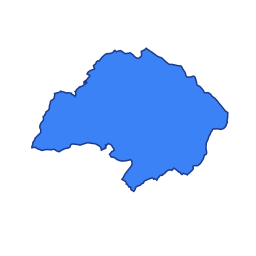 La Estrella, Antioquia, Colombia, rotated 137°
{"feature_id": "7082276B46086591209782", "entity_name": "La Estrella", "entity_type": "district", "adm_level": 2, "iso_a3": "COL", "parent_name": "Colombia", "parent_adm1": "Antioquia", "projection": "orthographic", "projection_center": [-75.641, 6.139], "detail": "fine", "context": "isolated", "style": "filled", "palette": "blue", "viewbox_px": 256, "rotation_deg": 137, "n_neighbors": 0, "source": "geoboundaries", "source_scale": "gbopen_adm2", "svg_char_len": 5790}
<svg xmlns="http://www.w3.org/2000/svg" viewBox="0 0 256 256"><g transform="rotate(137 128 128)"><path d="M60.3,173.9L62.3,173.9L63.4,174.1L65.6,174.9L66.0,174.9L66.4,174.7L66.9,173.8L68.4,171.9L69.0,171.6L70.4,171.5L72.7,171.7L73.9,173.3L74.4,174.8L74.5,178.3L75.0,181.0L75.1,181.5L75.4,181.7L76.3,182.1L77.3,182.8L77.9,183.2L78.9,184.2L79.6,184.6L79.7,185.2L79.8,186.2L80.0,187.5L80.7,189.8L82.8,191.0L84.4,191.6L84.7,192.5L84.5,193.4L84.6,193.7L85.0,193.9L85.7,193.9L86.1,193.6L87.6,193.6L88.5,193.9L89.4,194.2L90.4,194.8L92.9,196.9L94.2,197.3L98.4,197.5L100.0,197.1L101.6,197.1L102.4,196.8L103.1,196.8L103.8,197.2L104.4,197.8L105.5,197.8L105.9,197.9L107.7,197.1L108.5,197.0L109.3,197.1L110.2,197.2L110.8,197.2L111.3,195.8L111.8,195.3L111.9,194.1L112.4,194.0L112.9,194.1L114.6,195.0L115.3,195.2L115.8,195.5L116.5,195.8L117.5,195.8L118.0,195.9L118.4,196.1L119.7,196.0L121.1,195.4L120.5,193.6L120.4,192.1L122.8,191.8L123.9,191.8L125.1,191.4L128.6,191.9L129.1,191.5L129.4,191.2L127.0,190.4L127.3,190.0L127.7,190.1L128.2,189.9L127.5,189.4L127.4,189.2L127.6,189.2L128.4,189.4L129.6,189.4L130.2,189.7L131.6,189.6L133.1,189.9L134.2,190.5L134.2,190.4L135.0,190.6L135.4,191.0L135.8,191.2L136.5,191.2L137.3,190.9L139.3,191.2L141.0,190.5L141.3,190.5L141.8,190.8L141.9,190.0L142.8,188.7L143.0,188.6L143.5,187.8L144.1,187.5L144.6,187.6L145.3,187.3L145.2,188.0L145.3,188.8L145.5,189.5L145.9,190.2L146.2,191.1L146.0,191.5L145.6,191.9L147.8,194.8L148.7,195.1L149.6,196.2L150.0,197.1L149.9,197.2L151.6,199.8L152.1,200.8L152.3,200.7L152.6,200.9L153.5,200.9L154.3,201.0L155.3,201.8L158.2,203.3L158.4,202.8L158.8,202.4L159.7,201.7L160.5,201.2L161.7,200.0L163.0,200.0L165.1,200.4L166.2,200.4L166.9,200.1L168.1,199.0L168.8,198.7L170.2,197.9L171.3,197.0L171.6,196.4L172.0,196.0L172.6,195.9L173.1,195.7L173.3,195.7L174.0,195.4L174.4,195.3L175.5,195.5L176.6,195.8L177.1,195.6L178.4,194.8L179.2,194.7L180.7,194.0L181.0,194.0L182.2,194.2L182.7,193.7L183.3,192.6L184.1,191.9L184.5,191.6L185.7,191.1L186.9,191.2L188.7,190.8L189.9,190.3L190.9,189.7L192.0,188.7L192.5,187.8L193.0,186.2L193.6,185.7L194.7,184.4L195.8,184.1L197.5,184.1L198.4,184.0L199.3,184.1L201.4,183.9L202.7,184.0L203.3,183.5L204.3,183.2L204.8,182.9L205.4,182.6L206.4,182.6L207.3,182.3L209.2,180.8L211.1,179.9L211.8,179.1L209.4,177.5L209.0,176.9L208.5,175.4L208.2,174.1L207.9,173.5L207.2,172.5L206.7,171.0L206.3,170.4L205.8,169.9L204.9,169.4L204.0,169.1L202.3,167.8L201.2,166.8L199.0,164.3L197.5,163.6L196.7,162.9L196.3,162.1L196.1,161.0L195.9,160.2L195.0,158.2L194.5,157.6L193.7,157.4L191.2,156.9L189.9,156.5L188.3,156.0L185.7,154.3L184.6,153.8L183.9,153.7L183.2,153.8L182.2,154.4L181.5,154.6L180.9,154.7L180.2,154.6L179.6,154.2L178.7,153.4L177.3,151.6L176.5,150.8L175.6,149.7L174.9,148.3L174.6,148.1L171.5,146.8L170.5,146.2L168.3,145.2L167.2,144.3L166.0,142.9L165.1,141.6L163.0,139.2L162.5,138.3L161.2,134.3L161.1,133.2L161.1,132.7L161.3,132.1L162.6,130.0L160.1,129.2L159.2,129.3L158.9,129.1L158.9,128.8L158.7,128.9L158.5,129.1L158.1,128.8L158.1,129.0L157.3,129.1L157.2,129.5L156.8,129.5L156.8,129.8L156.7,129.9L155.7,130.0L155.6,130.3L155.7,130.6L154.5,130.0L154.2,130.1L153.7,130.3L153.3,130.3L153.2,130.0L152.2,128.3L152.0,127.4L151.9,126.8L152.0,125.7L152.3,124.7L152.3,124.0L153.0,121.3L154.8,121.3L155.8,121.8L156.1,121.8L156.3,121.7L156.8,121.7L157.1,121.6L159.5,121.4L159.6,120.5L160.1,118.6L160.1,118.2L158.9,116.9L158.4,116.1L158.0,114.9L157.7,114.1L157.7,112.8L157.1,111.5L156.6,110.3L155.7,108.9L154.5,107.5L152.6,106.1L151.5,105.1L150.4,104.7L149.5,104.0L147.8,103.3L147.8,102.2L147.7,102.0L147.7,101.5L148.0,100.7L149.1,99.4L150.1,98.6L150.7,98.3L151.9,97.9L159.4,96.7L161.2,96.4L165.2,95.0L167.5,94.6L166.5,91.2L166.3,90.8L166.3,90.3L166.7,88.6L167.5,88.3L167.4,88.1L166.9,87.3L167.6,84.0L166.5,83.3L166.4,83.1L166.5,82.5L167.1,82.0L167.5,81.6L167.8,80.9L167.7,79.9L167.3,79.0L167.0,77.7L166.1,77.8L164.9,78.2L162.4,79.3L162.1,79.4L161.6,79.3L157.9,77.8L156.1,77.9L154.4,77.3L153.8,77.4L152.5,78.1L152.1,78.1L148.3,76.8L144.2,75.0L144.0,74.7L143.9,74.4L144.1,73.8L144.2,73.0L143.9,72.8L143.2,72.7L142.6,71.7L142.5,70.2L141.8,70.3L140.8,70.9L139.7,70.9L138.7,71.1L137.0,71.3L136.1,71.1L135.5,70.2L135.1,69.9L133.6,70.3L132.9,69.9L132.3,69.7L132.1,69.7L131.4,70.0L129.8,69.9L128.6,70.0L126.6,69.5L126.2,68.7L125.4,68.5L125.1,68.3L124.9,67.1L124.0,67.1L121.8,67.4L121.3,65.0L120.9,62.0L121.0,62.0L120.8,60.8L120.1,60.0L120.5,58.8L120.4,57.8L120.2,57.1L118.4,57.1L118.0,56.1L117.2,55.0L116.6,53.3L116.4,53.4L114.2,53.3L109.9,53.3L108.7,53.5L108.1,53.7L107.5,54.2L107.4,54.5L107.1,55.4L106.8,55.7L106.5,55.7L106.3,55.7L105.8,55.5L105.0,55.0L102.9,53.1L102.5,52.9L100.5,52.7L99.7,52.7L97.8,53.0L95.0,53.7L93.3,54.4L90.6,56.1L90.1,56.1L89.5,55.5L89.3,55.4L88.9,55.4L88.4,55.6L87.4,56.2L86.8,56.9L85.9,58.4L84.2,60.7L81.3,63.3L80.7,63.7L77.2,65.2L74.3,66.8L71.9,67.5L70.5,68.2L68.2,68.8L66.8,69.3L66.4,69.3L64.8,67.7L63.5,66.8L62.9,66.1L61.6,64.3L60.8,63.5L59.0,62.7L58.2,62.4L55.6,62.5L54.6,62.9L53.6,63.7L52.8,63.8L51.4,64.5L51.1,64.7L50.8,65.5L50.3,66.0L48.0,67.7L46.9,68.9L44.5,71.2L44.8,72.3L45.2,74.3L44.8,79.4L44.6,82.8L44.6,83.8L44.2,87.2L44.2,90.7L44.4,91.8L44.9,93.4L44.9,94.0L44.6,95.5L44.6,96.6L45.0,98.6L45.6,99.5L47.6,101.2L47.8,101.5L47.9,101.9L47.8,102.6L47.3,104.1L47.1,107.2L47.1,108.8L47.2,109.6L48.0,111.7L48.1,112.3L47.8,113.3L46.9,114.4L44.6,118.7L44.4,119.5L44.4,120.4L44.6,121.0L44.8,121.3L45.5,121.7L47.6,122.7L48.5,123.4L49.6,124.4L50.0,125.3L50.1,126.0L50.1,126.7L49.2,128.0L48.3,130.0L47.7,133.8L47.3,135.3L47.0,136.2L47.0,137.2L47.2,137.6L48.8,139.3L52.2,144.2L52.9,145.0L54.1,146.0L54.5,146.8L54.7,147.4L55.2,151.5L55.3,153.0L55.5,156.3L55.6,156.7L56.5,158.0L56.8,158.6L57.6,160.5L58.6,166.1L58.8,167.2L59.2,168.3L59.6,170.4L59.9,171.3L60.3,173.9Z" fill="#3b82f6" stroke="#1e3a8a" stroke-width="1.5"/></g></svg>